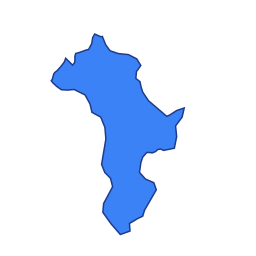 the border of Rîşcani, rotated 73°
{"feature_id": "MDA-1617", "entity_name": "Rîşcani", "entity_type": "District", "adm_level": 1, "iso_a3": "MDA", "parent_name": "Moldova", "parent_adm1": "", "projection": "equal_earth", "projection_center": [27.482, 47.936], "detail": "fine", "context": "isolated", "style": "filled", "palette": "blue", "viewbox_px": 256, "rotation_deg": 73, "n_neighbors": 0, "source": "natural_earth", "source_scale": "10m", "svg_char_len": 1090}
<svg xmlns="http://www.w3.org/2000/svg" viewBox="0 0 256 256"><g transform="rotate(73 128 128)"><path d="M60.4,187.6L60.2,187.1L59.0,186.0L54.5,183.1L53.5,181.7L52.4,178.9L49.5,174.1L46.1,169.4L43.1,167.2L51.7,162.6L49.8,159.9L47.0,158.7L44.0,157.9L41.4,156.2L41.6,154.2L41.2,144.2L41.4,142.8L36.8,138.1L31.2,135.3L28.4,132.4L32.9,127.2L32.9,125.8L34.8,125.6L42.0,125.0L48.9,122.6L54.0,115.5L57.9,106.2L64.5,99.4L72.0,97.5L76.5,103.4L82.9,106.0L87.2,103.0L92.5,103.5L98.1,103.4L108.0,100.4L128.1,87.6L127.8,84.5L125.5,76.2L125.3,68.4L133.5,73.1L139.9,81.9L150.5,84.0L160.9,89.6L159.8,100.6L157.7,102.8L157.2,105.6L158.6,108.7L158.9,112.1L157.8,114.3L156.9,117.2L160.1,122.4L164.7,125.7L173.8,130.0L182.0,126.2L187.9,119.3L195.4,119.0L211.4,136.2L216.6,139.7L217.5,145.6L219.7,154.5L227.1,156.2L227.6,166.5L214.7,172.2L201.3,176.7L193.1,173.4L179.7,159.9L171.1,159.4L163.7,163.2L155.1,163.9L132.1,152.4L120.6,149.9L109.6,150.9L102.5,157.9L94.0,157.3L83.8,159.4L75.4,168.3L74.1,174.6L71.9,180.5L67.7,183.8L63.2,186.5L60.4,187.6Z" fill="#3b82f6" stroke="#1e3a8a" stroke-width="1.5"/></g></svg>